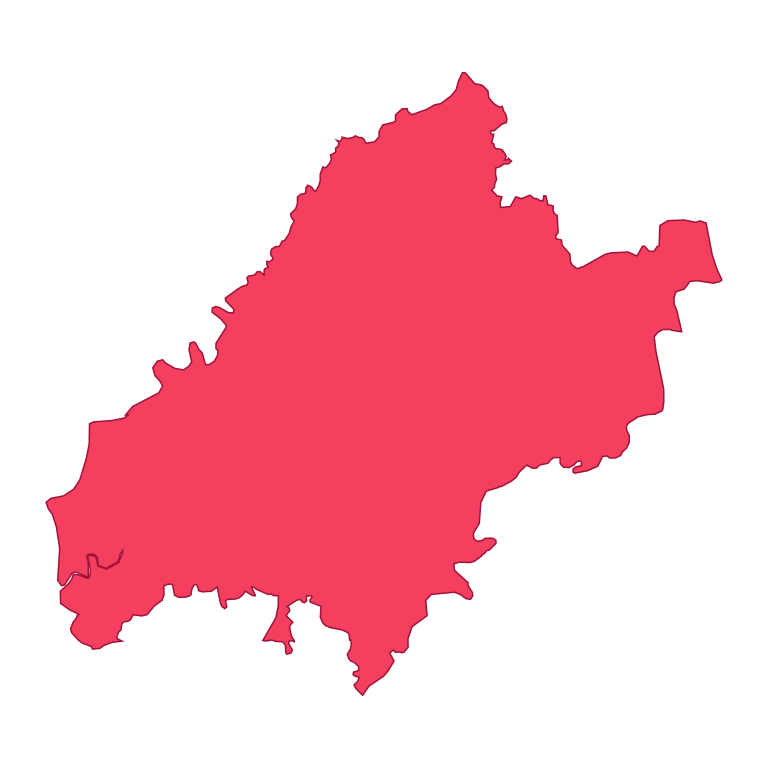 the district of Myaungmya, Ayeyarwady, Myanmar
{"feature_id": "60261553B8294566306540", "entity_name": "Myaungmya", "entity_type": "district", "adm_level": 2, "iso_a3": "MMR", "parent_name": "Myanmar", "parent_adm1": "Ayeyarwady", "projection": "orthographic", "projection_center": [95.051, 16.62], "detail": "fine", "context": "isolated", "style": "filled", "palette": "rose", "viewbox_px": 768, "rotation_deg": 0, "n_neighbors": 0, "source": "geoboundaries", "source_scale": "gbopen_adm2", "svg_char_len": 6067}
<svg xmlns="http://www.w3.org/2000/svg" viewBox="0 0 768 768"><path d="M404.2,652.1L408.1,647.3L407.9,638.8L412.1,626.6L427.1,615.6L425.7,600.5L431.3,594.4L454.2,592.2L459.6,594.1L466.3,598.7L470.5,599.3L472.7,596.1L472.4,592.4L468.2,585.9L468.1,582.7L454.6,570.4L453.8,564.0L458.8,562.2L470.0,562.5L474.4,561.3L482.0,555.6L482.4,554.4L484.4,553.6L486.7,550.7L489.5,549.9L495.9,543.4L495.9,540.2L492.7,538.2L485.4,538.3L481.5,540.7L476.7,541.2L473.8,538.4L473.4,533.1L479.3,523.4L480.8,502.5L486.3,491.1L498.7,487.4L498.7,486.6L501.1,486.6L511.1,481.3L515.8,477.6L519.4,472.0L526.6,465.1L532.6,468.2L536.2,468.2L539.8,465.0L547.8,463.3L551.3,459.2L554.1,457.6L560.1,457.6L560.2,463.6L563.4,467.2L569.0,467.6L573.8,465.1L577.0,461.5L580.6,461.0L581.4,462.3L581.4,465.5L575.4,467.1L573.0,469.2L573.0,472.0L574.7,473.2L587.5,470.7L597.8,466.2L602.6,456.5L607.0,456.0L609.8,458.0L615.4,458.0L620.6,455.5L622.9,451.5L626.5,448.2L629.3,442.2L629.2,435.3L626.8,430.9L626.4,426.5L628.3,423.2L638.3,416.7L647.5,414.6L655.1,414.2L661.9,410.9L662.7,409.7L663.8,402.0L663.7,389.1L655.9,351.1L654.2,336.8L657.7,332.4L662.9,329.5L670.9,329.5L671.7,330.3L681.7,331.8L676.9,310.8L674.2,304.2L673.9,298.4L675.8,291.8L684.2,289.1L690.0,281.4L697.3,280.7L713.4,283.2L719.8,281.6L721.9,280.0L716.5,268.2L712.1,254.4L706.1,223.0L699.8,220.9L695.9,222.3L684.0,220.0L667.7,220.7L659.9,225.5L659.1,245.8L657.1,246.6L653.9,251.4L649.0,251.1L644.7,246.3L642.4,246.3L637.1,256.0L627.9,252.0L610.8,252.9L604.8,254.5L583.3,266.6L577.2,268.7L572.0,264.9L570.3,260.9L569.9,254.1L562.2,245.3L561.4,240.0L556.6,238.9L555.7,237.7L556.1,235.3L558.1,232.8L557.2,215.5L555.2,214.3L553.1,211.1L553.1,205.9L547.9,204.7L545.8,195.9L543.8,195.9L543.1,200.7L539.9,200.7L537.0,198.7L534.2,198.4L529.8,195.2L521.5,198.7L515.8,196.8L510.3,206.6L500.5,207.5L500.2,202.3L501.9,196.9L497.0,195.8L491.7,190.2L494.5,187.2L494.8,183.5L496.6,179.5L495.5,174.1L495.8,167.9L500.2,166.6L503.8,163.9L508.4,163.9L511.5,161.1L508.3,158.3L507.9,159.5L504.7,159.9L506.3,156.3L503.5,151.5L502.7,151.5L502.7,150.3L500.3,149.1L495.8,148.7L494.2,146.7L493.8,143.9L491.7,143.0L493.7,134.2L491.7,134.6L490.9,133.8L490.5,131.0L494.3,130.6L501.5,124.4L506.3,122.6L506.9,119.2L505.7,114.2L503.6,110.9L502.3,106.4L499.3,107.1L494.3,104.0L490.9,100.4L488.7,97.4L487.9,90.9L484.1,86.9L481.8,85.1L474.6,83.6L465.4,72.9L462.4,72.7L458.2,81.9L456.2,89.7L450.8,96.2L440.6,103.7L434.7,104.8L426.7,109.4L411.9,114.7L407.9,111.5L407.1,108.7L402.1,108.8L395.5,114.9L395.5,120.9L393.3,122.4L382.8,124.9L379.2,131.2L379.0,136.9L374.5,141.9L365.7,143.2L364.5,140.0L362.0,137.7L358.7,137.5L355.3,135.8L352.4,137.7L347.2,138.5L342.0,137.1L342.0,138.8L340.1,141.4L336.9,140.4L338.5,142.1L338.7,145.4L335.6,148.2L335.8,152.1L330.4,155.1L331.4,159.1L329.8,163.0L326.4,167.3L324.6,167.7L322.9,166.9L320.2,174.0L320.2,180.8L319.1,184.7L316.9,189.3L314.8,191.5L311.6,187.1L307.8,185.2L306.0,187.7L305.5,193.2L300.7,194.3L297.5,196.9L297.4,203.8L295.7,208.8L290.5,213.9L291.3,217.2L294.1,221.4L291.0,226.9L289.2,233.5L284.3,240.9L282.1,241.1L279.4,246.5L275.6,246.6L271.3,249.4L270.5,254.2L273.3,258.9L269.3,261.9L266.8,261.3L266.8,264.6L268.3,266.9L264.4,269.2L263.9,273.9L264.6,275.7L260.1,271.7L257.3,271.7L254.6,274.9L248.6,276.2L246.9,277.8L248.2,282.4L246.8,285.1L242.4,286.3L238.0,288.9L225.4,298.0L225.7,300.8L233.9,309.4L233.3,312.9L228.4,312.6L219.2,307.4L215.6,306.6L212.4,307.9L212.1,312.2L220.8,318.9L226.0,325.1L226.0,327.5L216.0,343.3L216.0,348.8L217.9,350.5L217.5,355.7L214.3,361.2L209.0,364.7L205.5,364.5L202.2,353.1L198.8,349.3L195.7,343.2L194.0,341.9L190.2,342.9L189.0,349.7L191.7,361.9L188.8,366.2L183.7,369.9L175.2,368.5L165.5,363.0L162.7,359.8L157.3,361.2L152.8,367.8L154.9,375.5L160.4,381.8L162.6,386.1L158.8,392.8L132.5,406.6L125.5,415.0L128.1,415.1L123.8,418.2L112.2,420.5L93.5,421.9L89.5,423.9L89.2,443.9L86.3,458.6L79.9,479.7L73.6,489.3L63.5,495.9L50.8,498.4L46.1,502.3L48.4,508.9L52.4,514.4L56.4,526.9L59.7,548.5L57.7,580.4L61.6,585.8L64.7,584.7L72.0,573.3L74.1,572.3L76.0,571.9L87.0,576.9L88.3,576.5L88.2,562.1L86.6,556.4L88.4,554.3L92.5,554.1L95.1,555.0L97.6,558.0L98.1,565.2L106.2,568.3L117.4,562.1L119.8,557.0L120.0,554.1L122.8,550.4L122.6,552.8L118.8,562.3L106.8,569.1L98.0,566.2L96.2,557.8L95.1,556.4L91.5,555.3L87.5,555.8L90.2,568.3L90.2,573.9L89.2,577.5L87.1,578.3L77.7,574.6L73.3,574.4L71.7,579.2L68.6,583.6L60.3,591.3L60.6,603.4L69.8,610.0L78.9,614.3L77.3,615.3L75.9,618.9L73.3,621.8L70.5,628.9L71.9,633.0L78.7,640.4L82.9,643.4L91.0,646.4L92.6,649.1L99.8,648.4L103.8,645.5L112.2,642.3L122.1,641.1L117.3,638.8L116.8,636.8L118.8,631.7L120.8,630.3L121.9,623.7L123.9,621.8L127.7,621.4L130.5,619.8L133.0,614.8L141.9,615.9L147.2,614.6L154.1,606.1L162.0,600.4L164.0,594.8L163.8,586.1L167.4,584.3L171.1,584.1L172.5,584.9L174.6,595.2L178.6,597.3L186.5,597.0L190.8,595.2L192.0,588.6L193.9,585.3L195.4,584.5L196.8,584.7L198.8,590.8L202.3,591.8L211.3,591.3L217.3,587.2L220.4,603.1L222.1,606.7L224.8,608.6L226.7,607.0L225.5,601.0L227.1,599.5L235.4,599.0L238.9,597.9L242.5,595.1L245.4,591.2L251.7,595.1L254.8,596.0L255.3,595.1L251.5,587.0L253.4,586.9L256.7,589.5L268.1,594.4L271.0,594.0L273.8,595.7L278.3,595.7L278.3,605.9L275.9,617.7L262.8,640.5L266.8,641.0L271.6,640.0L275.7,641.4L282.8,641.8L285.4,645.4L285.8,652.8L287.0,654.2L291.1,652.9L292.4,650.0L289.1,644.5L288.7,641.3L291.6,640.8L294.2,641.8L294.4,640.7L291.6,636.7L289.7,628.1L290.1,625.3L292.8,622.3L286.2,615.7L289.8,610.6L288.9,607.8L287.0,606.7L296.5,600.3L299.9,599.4L302.7,602.2L304.4,602.8L306.6,601.0L306.3,596.2L311.1,595.7L312.1,597.0L309.9,600.1L310.2,602.1L321.0,606.3L320.3,617.2L322.7,622.8L325.5,625.6L330.4,627.6L342.0,629.9L348.0,632.7L349.2,635.1L349.5,640.1L350.9,640.2L351.4,644.6L350.4,648.9L347.3,654.2L348.7,658.6L351.1,661.3L353.4,661.8L358.6,666.5L358.7,670.5L353.5,672.1L353.1,674.6L354.3,675.8L359.1,677.3L357.9,681.0L354.0,685.0L356.0,688.6L362.6,695.3L369.1,686.0L383.6,676.2L388.3,670.6L394.0,661.0L389.9,653.4L390.8,652.1L393.5,650.0L395.3,652.3L399.7,651.9L401.7,652.8L404.2,652.1Z" fill="#f43f5e" stroke="#9f1239" stroke-width="1.5"/></svg>